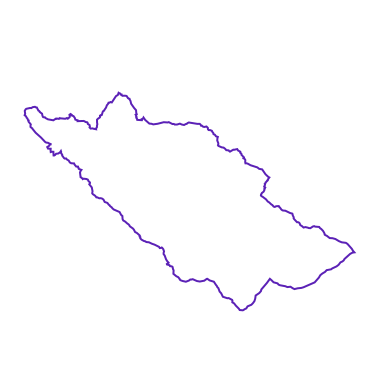 Baile Olanesti, Vâlcea, Romania (Mercator projection), rotated 163°
{"feature_id": "2599482B90151586146319", "entity_name": "Baile Olanesti", "entity_type": "district", "adm_level": 2, "iso_a3": "ROU", "parent_name": "Romania", "parent_adm1": "Vâlcea", "projection": "mercator", "projection_center": [24.186, 45.236], "detail": "fine", "context": "isolated", "style": "outline", "palette": "violet", "viewbox_px": 384, "rotation_deg": 163, "n_neighbors": 0, "source": "geoboundaries", "source_scale": "gbopen_adm2", "svg_char_len": 6039}
<svg xmlns="http://www.w3.org/2000/svg" viewBox="0 0 384 384"><g transform="rotate(163 192 192)"><path d="M315.1,314.8L315.7,318.2L316.6,318.6L317.3,319.4L319.7,319.7L321.1,319.2L322.3,319.7L326.1,320.0L326.9,319.7L328.2,318.5L328.7,315.5L329.6,314.4L328.6,312.9L328.4,311.3L327.9,310.5L327.8,308.7L327.3,308.2L327.7,307.7L327.7,306.9L326.4,303.8L327.2,302.4L327.4,301.3L326.1,299.5L326.1,299.1L324.2,294.4L320.4,288.1L317.8,282.8L317.0,281.9L315.4,281.2L314.1,279.9L312.5,278.7L314.2,279.0L315.0,278.0L317.3,277.3L317.0,275.6L314.5,274.7L315.1,273.1L315.4,271.5L314.3,271.5L312.8,271.0L313.7,267.4L313.2,267.2L312.2,267.4L310.8,268.3L308.6,267.9L306.5,268.6L305.4,269.5L305.4,268.6L305.9,267.5L305.2,265.7L305.5,264.8L304.4,261.7L304.0,261.2L302.6,260.9L302.2,259.8L300.7,258.1L300.2,256.0L299.1,254.8L296.4,253.8L296.3,252.6L295.3,250.2L293.6,249.6L293.7,248.5L293.4,248.1L293.5,247.2L291.3,245.5L292.3,244.8L293.4,243.4L294.2,238.7L293.6,238.2L293.4,237.6L292.7,236.9L292.7,236.3L291.7,236.4L289.2,235.3L288.0,234.3L287.8,232.7L286.8,231.0L286.9,230.4L288.0,229.4L286.5,225.7L286.9,221.8L287.8,220.0L287.5,219.0L285.7,216.7L285.0,214.8L284.3,214.7L282.5,213.1L281.2,212.8L280.0,212.1L278.9,210.7L278.4,208.0L276.1,206.3L275.3,204.1L274.7,203.5L274.5,202.5L273.2,200.7L273.0,199.9L272.0,198.2L267.1,194.0L266.5,190.9L265.6,189.4L266.3,186.4L266.1,184.9L264.6,183.3L263.1,180.8L262.2,179.7L261.6,178.4L261.5,177.4L259.2,174.4L258.6,173.0L258.1,170.3L256.8,169.1L254.8,165.9L254.7,165.4L255.1,165.1L255.1,164.4L254.6,163.9L255.0,162.8L254.2,161.2L252.3,159.2L251.1,158.5L250.3,157.5L247.9,156.5L245.4,154.2L243.2,152.6L239.6,149.2L239.2,147.8L237.9,147.6L237.3,147.8L236.9,147.5L236.2,145.7L236.1,143.4L237.0,142.0L237.3,140.8L236.7,139.3L236.5,135.3L236.0,133.3L235.1,131.2L237.1,130.5L237.1,130.0L234.9,128.6L234.7,127.5L233.1,126.8L232.5,126.0L232.7,123.8L232.5,122.5L233.7,119.2L231.6,116.0L230.1,114.6L229.2,112.4L229.3,112.0L228.9,111.1L227.1,109.7L224.1,108.0L220.8,108.2L219.3,108.8L218.4,108.5L216.8,108.4L213.3,105.4L210.7,104.1L206.2,103.6L203.3,104.6L202.7,104.5L201.0,102.3L197.3,99.8L196.3,96.3L195.7,94.8L195.6,93.7L194.9,92.4L194.7,88.7L193.7,86.6L193.1,82.8L189.3,80.1L187.9,79.8L185.2,77.1L185.1,76.2L185.7,74.7L184.3,73.2L183.3,70.5L181.3,66.7L180.9,65.2L178.0,64.0L177.1,64.1L176.2,64.5L174.1,64.8L172.3,66.4L168.2,66.8L166.2,67.9L164.2,69.4L162.7,71.6L161.4,74.4L157.2,75.7L155.0,77.1L154.2,78.5L147.0,83.1L142.9,86.2L141.7,84.3L140.4,81.8L136.9,79.6L136.3,78.1L135.1,77.1L130.3,74.6L128.6,73.2L125.5,72.6L123.7,70.4L122.4,69.2L119.0,69.0L115.5,68.3L113.2,68.3L101.1,69.7L95.6,73.1L93.7,74.9L91.3,75.9L88.1,76.7L86.1,77.9L81.5,77.4L80.3,77.9L75.5,78.6L73.1,79.5L70.6,81.3L68.5,81.6L67.0,82.2L65.7,83.4L58.8,86.6L56.2,87.1L54.4,86.8L55.2,88.6L55.8,91.0L56.3,92.1L58.5,96.9L59.7,98.4L63.5,100.1L65.8,102.0L68.6,105.1L71.1,106.7L73.8,107.7L75.8,110.6L77.3,112.0L77.6,112.5L77.4,113.2L77.6,114.6L78.1,116.6L79.2,118.8L80.2,120.1L80.6,121.4L84.4,122.9L85.1,123.6L86.3,123.7L89.4,122.8L90.9,123.4L91.6,124.0L93.8,125.3L95.7,125.4L97.0,127.5L98.1,128.6L98.2,130.4L98.5,131.3L99.5,132.2L100.4,132.4L102.2,136.1L102.5,137.2L102.1,138.1L102.5,140.2L102.3,141.4L102.4,142.0L104.3,143.2L108.2,146.8L110.6,147.8L111.1,148.3L111.7,149.2L112.4,151.3L112.9,151.9L112.9,152.8L113.3,153.2L115.7,153.8L117.2,153.5L118.2,154.2L119.0,156.1L119.7,156.8L121.3,159.6L122.3,160.7L123.4,163.4L126.0,167.0L126.8,167.7L127.1,168.6L126.6,169.6L125.9,170.0L125.5,170.6L123.4,171.4L122.2,172.7L122.1,173.3L121.5,173.8L121.7,174.1L121.3,174.5L121.3,175.2L120.9,175.2L121.3,176.1L120.7,176.5L120.6,177.1L120.1,177.5L119.9,178.0L120.0,178.5L119.3,178.8L118.9,179.6L118.1,179.9L116.8,180.9L116.7,180.7L116.1,181.0L115.4,182.1L113.8,183.3L114.6,184.1L116.5,187.4L118.3,193.1L121.0,194.5L122.3,196.4L128.2,200.5L130.3,202.7L131.4,203.5L132.5,203.8L132.4,205.0L131.7,206.9L131.7,207.6L132.3,208.4L132.3,209.1L132.8,209.3L132.2,210.0L132.8,210.8L133.0,211.6L133.8,213.0L133.6,214.1L134.4,215.5L134.0,216.1L134.1,216.5L135.8,218.2L136.2,219.8L139.6,220.1L140.1,220.4L143.9,219.5L144.5,220.3L144.8,221.1L147.0,222.0L147.6,223.5L148.8,225.2L150.5,226.0L153.3,228.4L153.5,229.2L152.8,230.1L152.6,231.0L152.8,233.9L152.0,235.9L151.2,237.1L152.8,238.3L153.4,240.1L154.5,241.0L154.4,242.2L155.1,243.9L155.1,244.7L156.4,245.8L158.0,246.4L158.4,247.4L158.1,248.7L159.0,250.4L161.2,250.6L162.3,251.2L163.2,252.6L163.9,252.7L164.1,253.9L164.7,254.9L167.0,255.6L174.7,259.4L176.2,259.2L177.1,258.7L178.1,258.8L180.0,258.4L182.0,259.5L183.6,260.9L186.5,260.9L188.7,261.5L189.5,262.4L190.8,262.7L193.8,265.6L194.9,265.6L198.6,267.0L204.9,267.3L209.3,268.0L210.8,269.1L212.8,269.9L215.7,274.6L216.6,277.4L217.3,276.6L218.5,276.4L218.3,276.0L218.9,275.3L223.3,277.0L223.2,278.2L223.5,278.7L223.5,279.9L223.1,279.9L223.0,281.0L223.3,282.4L222.1,282.6L222.2,283.8L221.6,286.6L222.8,289.3L224.4,294.2L224.2,297.0L224.5,298.4L224.5,299.4L225.2,299.7L225.4,300.3L225.8,300.5L226.4,302.8L227.0,303.3L228.6,303.9L230.3,304.3L230.8,304.9L230.8,305.8L231.7,306.0L231.7,306.6L232.2,307.5L232.6,307.5L233.2,308.3L234.5,306.5L236.7,305.9L242.5,301.1L243.7,301.9L244.8,301.5L245.7,301.8L246.8,300.6L248.1,299.8L249.5,297.9L251.9,296.0L252.2,295.5L253.1,295.4L253.9,294.8L255.8,292.0L256.3,291.9L256.8,292.2L257.7,291.9L258.1,290.5L258.5,290.2L260.7,289.5L261.7,288.9L262.5,286.1L262.7,284.5L263.6,283.0L263.9,281.9L265.2,280.7L265.3,280.3L265.5,280.4L265.5,280.1L267.4,281.1L268.5,281.9L270.4,282.3L271.1,283.7L270.5,284.5L270.4,286.0L271.7,287.5L271.6,288.9L271.8,289.3L273.4,290.1L274.1,291.1L275.1,291.7L280.7,293.2L280.4,294.0L282.4,295.3L282.4,297.1L283.1,299.2L284.7,300.4L284.4,300.8L285.3,302.1L286.6,301.7L286.8,299.9L287.2,299.3L289.4,298.4L289.8,298.7L290.0,299.3L291.8,299.1L296.5,301.0L296.9,300.9L297.0,301.3L298.3,301.0L299.4,301.6L300.3,301.6L300.3,301.9L300.6,302.0L303.6,301.1L308.5,303.6L310.5,305.6L310.8,306.4L312.3,307.0L312.6,307.4L312.7,308.9L312.5,310.7L314.2,313.0L314.1,313.3L314.6,314.4L315.1,314.8Z" fill="none" stroke="#5b21b6" stroke-width="2"/></g></svg>